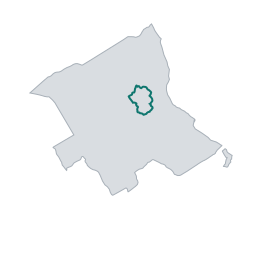 location of Huambo within Angola, rotated 148°
{"feature_id": "AGO-1890", "entity_name": "Huambo", "entity_type": "Province", "adm_level": 1, "iso_a3": "AGO", "parent_name": "Angola", "parent_adm1": "", "projection": "orthographic", "projection_center": [15.812, -12.604], "detail": "fine", "context": "in_parent", "style": "outline", "palette": "teal", "viewbox_px": 256, "rotation_deg": 148, "n_neighbors": 0, "source": "natural_earth", "source_scale": "10m", "svg_char_len": 5712}
<svg xmlns="http://www.w3.org/2000/svg" viewBox="0 0 256 256"><g transform="rotate(148 128 128)"><path d="M202.6,124.6L202.8,126.3L203.0,128.6L203.2,130.2L203.3,131.0L203.4,131.4L203.2,131.8L203.0,132.8L202.6,133.6L202.4,134.3L202.5,135.4L202.2,138.7L202.1,140.3L202.4,143.3L202.3,144.2L201.3,146.8L200.9,148.2L200.9,148.9L201.8,150.9L201.8,151.3L201.0,151.4L200.3,151.4L177.6,150.8L176.7,185.1L176.6,188.1L177.2,191.9L178.4,196.2L178.9,196.6L180.2,197.4L182.0,199.0L183.0,200.2L185.0,202.4L187.7,205.1L192.6,209.7L175.6,212.6L169.0,213.6L168.5,213.6L167.5,213.1L165.4,213.0L163.0,213.6L161.0,213.7L159.6,213.4L158.2,212.8L156.8,212.0L154.5,211.6L151.1,211.8L147.8,211.6L144.7,211.0L142.4,210.8L141.1,210.9L139.6,210.7L138.1,210.2L136.8,209.4L135.3,207.7L134.1,206.1L133.8,205.8L133.4,205.6L133.0,205.5L126.2,205.4L85.0,205.3L80.3,205.5L79.9,205.5L79.3,205.3L78.9,205.0L77.5,204.1L76.4,203.4L74.7,202.2L73.7,201.0L72.8,200.6L71.3,200.3L70.1,200.1L69.2,200.1L67.5,200.7L66.3,201.3L65.4,201.9L63.8,202.6L62.5,203.3L60.3,203.2L59.8,203.3L58.5,203.3L57.3,202.7L56.1,202.8L54.8,203.5L52.9,203.8L53.2,199.1L53.6,197.0L53.6,194.5L53.2,187.9L52.8,187.1L52.6,186.0L53.8,185.2L54.4,184.6L55.2,183.5L55.7,181.9L56.4,178.6L58.8,170.9L59.9,163.3L61.3,159.7L61.9,155.7L66.1,150.5L67.1,147.3L69.3,145.7L72.4,144.0L74.6,141.0L75.6,139.0L76.8,135.0L76.8,130.9L77.5,125.4L77.4,123.9L76.2,121.7L75.9,120.1L74.8,118.6L73.7,117.5L73.1,115.4L71.1,112.2L70.5,110.0L69.5,108.5L69.3,106.6L68.8,104.5L67.8,102.5L66.8,100.2L66.8,99.5L67.4,98.7L68.0,98.4L67.8,98.8L67.4,99.3L67.5,99.7L71.3,95.7L71.5,94.9L71.4,94.0L71.4,92.9L71.5,91.7L67.9,84.3L65.0,77.4L64.4,73.9L60.6,69.4L59.1,66.5L58.3,64.4L57.6,63.6L57.9,63.2L58.8,63.1L61.0,62.6L64.0,62.0L66.7,60.8L67.4,60.2L68.9,60.1L70.4,60.4L70.9,60.2L71.2,60.2L74.7,60.1L76.2,60.0L78.9,60.0L80.6,60.1L81.5,60.3L84.1,60.4L87.4,60.4L88.5,60.3L92.8,60.2L100.8,60.0L105.0,60.1L108.2,60.1L109.6,60.5L111.0,61.3L111.6,62.1L111.9,62.4L112.3,63.2L113.0,63.8L113.2,64.8L113.0,66.1L113.1,67.7L113.5,69.5L114.4,71.5L115.7,73.5L116.3,75.1L116.1,76.3L116.6,77.6L117.5,78.9L118.3,79.6L118.7,80.1L119.8,82.2L123.4,87.9L124.0,88.2L124.8,88.1L126.4,87.9L128.1,87.8L129.3,88.3L129.8,88.2L131.6,87.3L133.4,87.0L135.3,86.6L136.2,86.2L137.4,86.2L140.4,87.1L141.0,87.1L143.5,87.1L146.0,86.7L146.3,83.5L146.4,82.8L147.0,81.6L147.7,80.5L147.8,79.5L147.8,78.1L148.4,76.4L150.0,75.1L152.7,74.5L154.3,74.4L156.7,74.1L160.3,73.8L161.7,73.8L161.8,74.0L161.0,76.4L161.0,77.1L161.2,77.9L161.8,78.3L169.1,78.6L176.1,79.0L176.5,79.1L176.8,79.3L177.2,80.4L177.1,82.7L176.3,86.0L176.6,89.1L177.7,92.0L177.7,96.5L176.7,102.4L176.4,106.2L177.0,107.8L178.1,109.5L179.8,111.3L181.1,113.5L182.0,116.3L182.3,118.0L182.0,118.8L182.0,120.0L182.2,121.8L181.9,122.9L180.9,123.5L180.6,124.3L181.0,125.8L181.1,127.2L181.8,128.1L182.2,128.2L183.2,127.7L184.3,126.8L185.3,126.4L186.6,126.5L188.4,126.8L191.6,127.0L192.6,126.9L195.6,125.7L196.4,125.7L197.6,125.8L199.2,126.2L200.9,126.4L201.8,126.0L201.8,125.5L202.1,124.8L202.6,124.6ZM67.4,44.8L67.2,45.0L65.9,45.6L64.4,46.1L62.4,48.3L61.5,49.2L61.2,49.4L60.3,49.9L59.6,50.4L59.7,50.6L60.1,50.9L60.5,51.3L60.5,54.8L60.3,58.2L60.1,58.5L58.9,58.6L57.2,58.9L56.7,59.0L56.5,58.7L56.0,57.5L56.3,56.3L56.6,55.4L56.2,53.6L55.4,52.0L54.5,50.0L54.2,49.6L54.9,49.0L56.1,47.5L56.5,46.8L57.8,46.6L58.3,46.1L58.7,45.2L58.8,44.7L60.2,44.3L62.0,43.6L63.0,42.8L64.0,42.3L64.6,42.3L65.0,42.5L66.1,43.8L67.1,44.6L67.4,44.8Z" fill="#d9dde1" stroke="#a8b0b8" stroke-width="1"/><path d="M101.1,130.3L102.1,130.7L102.6,130.8L103.0,130.8L103.5,130.8L104.0,130.7L104.9,130.3L106.4,130.6L106.8,130.8L107.4,130.8L107.7,130.9L107.8,131.0L107.9,131.3L108.0,131.5L108.0,131.8L108.1,132.4L108.2,132.5L108.3,132.7L108.6,132.9L108.8,133.2L108.9,133.3L109.0,133.4L109.1,133.5L109.9,134.1L110.0,134.2L110.0,134.3L110.1,134.7L110.1,134.9L110.1,135.0L110.8,135.6L111.1,135.9L111.2,136.0L111.3,136.1L111.4,136.4L111.4,136.6L111.3,136.9L111.3,137.0L111.1,137.2L110.8,137.8L110.6,138.0L110.5,138.4L110.5,138.6L110.1,139.2L109.9,139.4L109.2,140.0L108.6,140.3L108.4,140.5L108.4,140.8L108.4,141.1L108.6,141.3L108.7,141.7L108.9,142.1L108.9,142.4L108.9,142.8L108.8,143.1L108.8,143.4L108.7,143.6L108.2,143.9L108.0,144.1L107.9,144.3L108.0,144.6L108.1,144.9L108.5,145.4L108.7,145.8L109.0,146.1L109.3,146.3L109.8,146.6L110.4,146.8L110.4,147.5L110.4,148.1L110.4,148.5L110.5,149.1L110.6,150.7L110.8,151.9L110.8,152.0L110.7,152.3L110.8,152.7L110.8,153.4L110.6,154.4L109.8,154.5L109.5,154.5L109.0,154.4L107.9,154.3L107.5,154.2L107.2,154.2L106.8,154.3L106.6,154.5L106.0,155.3L105.9,155.4L105.4,155.5L105.1,155.5L104.8,155.4L104.3,155.0L104.1,154.9L103.9,154.9L103.7,155.0L103.1,155.4L101.1,157.7L100.1,158.2L99.6,158.8L99.4,159.0L98.5,159.5L98.3,159.5L98.2,159.4L98.1,159.2L98.1,158.6L98.1,158.3L98.0,158.0L97.8,158.0L97.5,157.9L96.9,157.9L96.7,157.8L96.5,157.5L96.4,156.0L96.3,155.7L96.1,155.3L95.7,154.8L95.4,154.8L93.8,155.1L93.3,155.0L92.8,154.7L92.4,154.3L91.7,153.8L91.4,153.5L91.0,152.9L90.9,152.6L90.8,152.3L90.9,152.0L90.9,151.8L91.0,151.5L90.9,150.9L90.8,150.1L90.7,149.9L90.4,149.5L90.0,148.7L89.9,148.1L89.6,147.2L89.5,146.9L89.5,146.5L89.5,146.0L89.7,145.7L89.9,145.5L90.5,145.1L90.7,144.8L91.0,144.6L91.3,144.4L91.5,144.3L92.0,144.2L92.5,144.1L92.7,143.8L92.5,143.2L92.1,141.7L92.1,139.9L92.7,138.5L92.9,138.2L93.3,137.9L94.7,137.4L95.0,137.3L95.3,137.2L95.5,137.1L95.7,136.9L96.0,136.9L96.6,136.9L96.5,136.7L96.4,136.7L96.4,136.2L96.5,135.9L96.6,135.7L96.4,135.5L96.4,135.4L96.5,135.3L96.6,135.2L96.7,134.8L96.7,134.7L96.8,134.5L96.8,134.4L96.7,134.2L96.5,133.9L96.5,133.7L96.2,133.0L96.4,132.2L96.8,131.7L97.8,131.4L98.2,131.2L98.5,131.0L99.5,130.9L100.7,130.6L101.1,130.3Z" fill="none" stroke="#0f766e" stroke-width="2"/></g></svg>